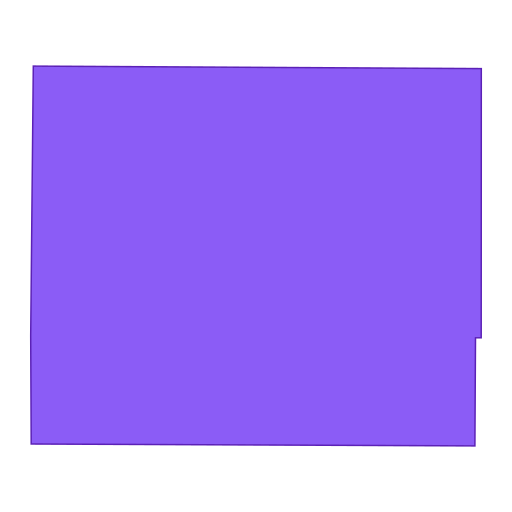 Woodson, Kansas, United States of America
{"feature_id": "52423323B96527043056264", "entity_name": "Woodson", "entity_type": "district", "adm_level": 2, "iso_a3": "USA", "parent_name": "United States of America", "parent_adm1": "Kansas", "projection": "robinson", "projection_center": [-95.741, 37.886], "detail": "fine", "context": "isolated", "style": "filled", "palette": "violet", "viewbox_px": 512, "rotation_deg": 0, "n_neighbors": 0, "source": "geoboundaries", "source_scale": "gbopen_adm2", "svg_char_len": 222}
<svg xmlns="http://www.w3.org/2000/svg" viewBox="0 0 512 512"><path d="M31.2,444.0L474.9,445.9L475.5,337.8L481.2,337.8L481.3,68.6L33.3,66.1L30.7,335.7L31.2,444.0Z" fill="#8b5cf6" stroke="#5b21b6" stroke-width="1.5"/></svg>